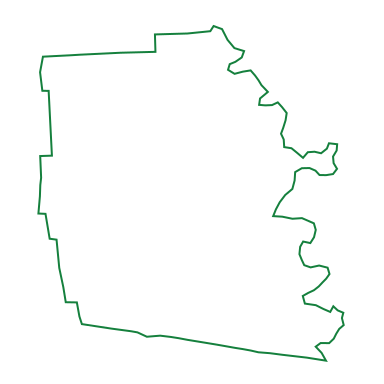 Xavantina, Santa Catarina, Brazil, rotated 91°
{"feature_id": "56859067B40030649265518", "entity_name": "Xavantina", "entity_type": "district", "adm_level": 2, "iso_a3": "BRA", "parent_name": "Brazil", "parent_adm1": "Santa Catarina", "projection": "albers", "projection_center": [-52.319, -27.015], "detail": "fine", "context": "isolated", "style": "outline", "palette": "green", "viewbox_px": 384, "rotation_deg": 91, "n_neighbors": 0, "source": "geoboundaries", "source_scale": "gbopen_adm2", "svg_char_len": 1727}
<svg xmlns="http://www.w3.org/2000/svg" viewBox="0 0 384 384"><g transform="rotate(91 192 192)"><path d="M74.9,346.0L93.4,343.4L93.4,337.1L158.1,332.7L158.7,344.4L180.4,343.1L187.7,343.8L199.0,344.0L216.2,345.2L216.4,338.1L241.2,333.5L242.0,326.6L270.2,323.4L289.4,319.0L304.4,316.3L304.4,305.2L318.4,302.4L326.0,299.8L330.0,270.1L332.3,250.4L333.3,244.1L337.5,234.6L336.2,221.3L337.3,210.6L338.4,202.7L339.9,193.9L341.7,181.5L344.1,165.1L345.2,158.1L347.1,146.2L348.2,138.3L349.5,130.4L351.1,122.8L351.8,111.3L353.2,98.7L355.6,74.3L358.3,55.1L350.6,59.6L344.5,65.6L340.8,60.8L340.7,52.2L336.2,47.7L331.2,45.3L326.3,42.4L322.4,38.0L315.4,39.9L310.1,38.6L307.8,44.3L303.8,48.7L309.5,51.7L306.7,58.5L303.0,66.2L301.6,77.2L294.0,79.4L290.9,74.1L288.1,68.4L284.2,63.6L280.2,60.0L276.3,56.3L271.6,53.1L265.3,55.1L263.3,63.6L265.3,72.1L263.2,78.5L258.1,81.0L252.3,83.5L244.9,82.9L239.6,80.0L241.0,72.8L235.1,69.2L227.7,67.6L221.2,69.6L216.2,81.6L217.0,91.1L215.1,101.3L214.7,110.4L207.9,107.8L200.7,104.1L193.3,98.7L187.2,91.7L178.7,89.6L170.3,89.2L166.3,82.6L166.0,74.9L168.5,68.9L172.8,64.8L172.8,58.2L171.6,51.3L166.3,47.4L160.7,50.9L154.1,51.6L148.0,48.1L141.7,47.7L140.9,55.9L146.3,57.9L151.0,63.6L149.6,70.2L150.2,76.9L155.9,81.6L151.0,87.6L146.5,93.3L145.5,100.6L137.9,101.2L132.2,104.0L126.2,101.9L118.7,99.7L111.4,98.7L105.5,103.5L100.9,107.8L103.7,113.5L104.1,120.2L103.7,126.4L97.3,125.6L90.6,117.9L84.0,124.4L79.2,127.4L74.4,131.0L69.4,135.5L70.8,143.3L73.1,151.5L69.2,158.1L63.5,156.5L61.1,150.9L56.6,144.6L50.2,142.4L47.4,152.1L39.3,159.1L28.6,164.8L25.7,173.3L30.9,176.5L33.6,199.3L35.1,231.8L52.5,231.0L54.0,265.7L56.7,306.7L57.4,315.6L59.3,343.4L74.9,346.0Z" fill="none" stroke="#15803d" stroke-width="2"/></g></svg>